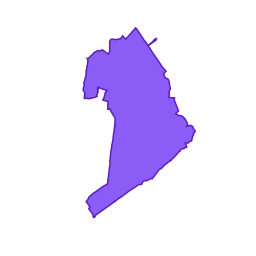 outline of Ghindaoani, Neamt, Romania, rotated 202°
{"feature_id": "2599482B15248665891771", "entity_name": "Ghindaoani", "entity_type": "district", "adm_level": 2, "iso_a3": "ROU", "parent_name": "Romania", "parent_adm1": "Neamt", "projection": "mercator", "projection_center": [26.355, 47.112], "detail": "fine", "context": "isolated", "style": "filled", "palette": "violet", "viewbox_px": 256, "rotation_deg": 202, "n_neighbors": 0, "source": "geoboundaries", "source_scale": "gbopen_adm2", "svg_char_len": 5770}
<svg xmlns="http://www.w3.org/2000/svg" viewBox="0 0 256 256"><g transform="rotate(202 128 128)"><path d="M189.7,180.5L190.5,178.4L191.1,177.4L191.3,177.0L191.8,177.0L191.2,176.5L190.9,176.0L190.3,175.1L189.7,172.8L189.4,171.9L189.2,170.7L189.1,169.7L188.9,169.6L188.8,169.4L188.8,169.2L189.0,168.9L188.7,168.3L188.4,167.5L188.2,166.7L188.3,166.4L188.3,166.1L188.4,165.6L188.4,165.3L188.2,165.0L187.9,164.7L187.6,164.3L187.6,163.8L187.4,163.3L186.9,161.4L186.6,161.0L186.3,160.4L186.5,158.4L186.1,157.5L186.1,156.7L185.8,155.5L185.9,155.3L185.9,154.7L186.0,154.3L185.9,153.5L185.9,153.3L185.4,152.5L185.2,152.1L185.0,151.8L184.8,151.6L184.7,151.3L184.5,150.4L184.3,149.1L184.3,148.9L184.4,148.6L184.4,148.4L183.7,146.2L183.4,146.0L182.8,145.6L182.0,145.3L181.3,144.0L181.1,143.8L180.7,143.0L180.6,142.6L180.6,142.1L180.5,141.8L180.4,141.2L180.3,140.9L180.0,140.5L180.0,140.4L180.0,140.2L179.7,139.5L179.5,139.1L179.4,139.2L178.8,139.4L177.9,139.9L177.4,140.2L176.8,140.2L176.1,140.2L175.9,140.2L175.6,140.3L174.0,141.5L173.1,141.8L170.9,143.6L169.6,144.6L169.1,145.1L168.5,145.7L168.7,146.0L169.0,146.1L169.3,146.9L169.2,147.5L169.1,148.2L169.5,149.1L169.4,149.8L169.2,150.1L169.7,150.3L169.9,150.7L170.1,150.9L170.2,151.0L170.1,151.3L169.9,151.4L169.9,151.6L170.0,151.7L170.3,151.8L170.5,152.2L170.6,152.6L170.2,152.7L170.1,152.8L170.2,153.1L170.5,153.4L171.0,153.4L171.2,153.7L171.3,154.0L171.0,154.6L170.9,154.8L170.1,155.0L170.0,154.6L169.8,154.4L168.1,154.6L166.5,154.6L165.9,154.6L163.7,154.8L161.7,155.0L162.1,153.0L162.3,152.3L162.3,151.8L161.9,149.9L161.7,147.9L161.6,146.6L161.7,145.4L161.8,144.5L159.8,144.7L158.9,144.8L156.3,145.0L156.1,144.4L155.7,143.1L155.5,142.4L155.0,140.6L154.6,139.9L154.3,139.3L153.8,137.7L151.8,138.7L150.4,137.4L143.6,132.2L141.3,125.7L140.9,125.8L140.7,125.1L140.8,125.0L141.1,124.7L140.1,121.1L139.7,119.5L139.4,118.1L138.7,115.4L138.7,115.0L138.4,114.1L138.1,113.4L137.8,112.6L137.4,110.4L136.9,108.2L136.7,106.8L136.5,105.6L135.9,103.8L135.7,102.7L135.6,102.3L135.5,101.8L135.4,101.4L135.3,101.1L135.3,100.5L135.2,100.4L135.1,99.9L134.8,98.7L133.9,95.8L132.9,92.6L132.6,90.9L132.1,89.8L132.0,89.6L131.7,89.1L131.3,88.2L131.0,87.6L130.7,85.5L130.0,83.0L129.9,82.7L129.2,80.4L128.2,76.4L126.3,69.1L126.0,68.6L130.5,62.6L133.9,57.0L134.4,56.4L135.3,55.2L135.5,54.8L136.0,54.0L137.0,52.0L137.4,51.2L137.7,50.8L137.9,50.4L138.0,50.0L138.2,49.6L138.4,48.5L138.4,48.0L138.4,47.4L138.4,47.1L138.5,46.6L138.9,45.3L139.2,44.1L133.7,40.6L134.1,39.9L134.1,39.4L134.1,39.1L134.1,38.9L134.2,38.4L128.6,34.9L128.2,34.9L128.0,34.4L127.7,34.0L127.6,33.4L127.4,33.1L127.1,33.0L126.8,33.0L126.6,32.9L126.4,32.6L126.4,32.3L125.5,32.9L125.3,35.1L114.4,52.3L113.3,54.1L113.2,54.9L113.2,55.0L112.9,55.0L112.6,54.9L111.8,56.4L110.5,58.7L108.3,61.8L103.5,69.8L98.6,76.8L98.2,77.4L97.3,79.4L96.8,79.4L94.4,80.8L94.2,81.0L94.2,81.8L94.2,83.3L94.0,83.7L93.8,84.2L93.4,84.7L92.6,85.4L91.5,85.9L90.5,86.5L89.3,87.9L87.0,90.4L86.6,90.1L85.5,93.2L84.4,97.9L83.3,101.8L82.1,102.5L80.8,105.7L80.9,106.3L78.1,110.9L77.1,112.7L75.9,114.1L76.3,114.4L74.8,117.0L72.3,123.5L71.9,125.2L71.1,125.9L71.2,127.9L70.9,128.3L70.4,128.7L69.3,129.2L68.7,129.8L67.8,131.0L67.3,131.4L66.4,132.1L67.4,133.0L67.1,133.3L68.7,135.0L69.3,135.6L69.1,135.7L68.3,135.9L67.9,136.1L67.3,136.2L66.8,136.4L66.6,136.7L66.5,137.1L66.2,137.7L65.9,138.3L65.7,138.8L65.3,139.0L64.9,139.3L64.4,139.8L64.2,140.1L64.3,140.4L64.4,140.9L64.6,141.7L64.7,142.4L64.7,143.0L64.9,143.3L64.9,144.1L64.8,144.5L64.8,145.7L64.7,146.0L64.9,146.5L64.9,146.9L64.8,147.2L64.9,147.8L65.1,147.6L65.2,147.8L65.1,148.0L65.0,148.3L64.8,149.0L64.3,150.1L64.8,150.4L64.8,150.5L65.2,150.9L65.7,151.2L66.6,151.6L67.0,151.8L67.3,152.0L67.5,152.3L67.9,153.0L68.2,153.3L68.3,153.5L68.6,153.6L70.3,154.0L71.3,153.7L71.6,153.6L71.9,153.4L72.8,152.5L73.1,152.3L73.9,151.8L74.3,151.5L74.3,151.8L74.0,152.8L74.1,153.5L74.3,154.1L75.1,155.0L75.8,155.6L76.7,156.3L77.5,156.9L77.8,157.2L78.2,157.6L79.0,158.1L79.7,158.3L81.1,158.9L82.1,159.1L82.9,159.3L84.4,159.1L84.9,158.9L85.2,158.7L85.5,158.6L86.0,158.7L86.9,158.9L87.3,158.9L88.0,158.9L89.0,158.9L89.1,159.2L88.7,160.3L87.5,162.6L88.1,163.2L89.9,165.3L90.7,166.1L93.6,169.2L94.3,169.9L94.5,170.1L94.8,170.5L95.1,170.8L95.4,171.1L95.8,171.5L95.9,171.8L96.0,173.3L96.5,173.3L100.3,172.0L100.9,171.9L101.4,171.7L101.5,171.7L101.9,172.2L102.0,172.4L102.0,172.5L101.9,173.0L101.9,173.4L102.1,173.7L102.2,174.1L102.3,174.9L102.4,175.2L102.7,175.7L103.3,176.6L103.5,176.6L103.6,176.8L103.6,177.0L103.4,177.9L103.5,178.4L103.4,178.7L103.4,179.2L103.3,179.7L103.4,180.2L103.7,180.5L103.8,180.8L103.7,180.9L104.4,181.8L105.1,182.7L105.9,184.0L106.1,184.4L106.3,184.7L106.6,185.3L107.4,186.6L108.1,187.3L108.6,187.8L109.0,188.2L109.7,188.5L111.5,188.4L111.9,188.3L112.1,188.3L112.9,189.1L113.8,190.0L115.2,191.6L115.2,191.9L115.0,192.2L114.7,193.1L114.1,194.7L114.0,195.0L117.8,196.8L118.8,197.3L119.4,197.5L120.2,198.2L124.4,201.1L125.0,201.5L125.5,201.9L127.8,203.3L129.4,204.5L131.9,206.0L132.3,206.3L133.2,206.9L134.0,207.4L135.9,208.9L137.4,209.9L139.4,211.4L140.1,211.8L135.0,219.9L135.4,220.2L134.9,221.4L135.5,221.6L136.0,220.6L137.2,218.8L136.5,218.4L137.5,217.0L137.7,216.5L140.5,212.0L142.6,213.5L144.8,214.9L145.6,215.2L146.8,216.0L147.6,216.7L149.4,217.8L152.9,220.3L155.4,222.0L157.1,223.1L157.9,223.5L158.4,223.7L158.5,223.7L158.8,223.3L158.9,222.9L158.9,222.3L158.9,221.9L158.9,221.6L158.8,221.2L159.5,220.7L163.3,209.5L167.6,211.4L168.3,208.0L173.2,205.0L174.4,205.0L177.0,203.9L177.5,201.5L176.4,198.9L175.9,198.2L175.7,197.3L175.3,195.8L175.1,195.4L174.5,194.6L173.8,193.5L173.8,190.4L174.0,189.1L181.1,190.9L182.3,189.5L183.4,189.0L184.5,188.5L185.4,188.0L186.2,187.0L187.8,185.1L188.4,182.9L189.7,180.5Z" fill="#8b5cf6" stroke="#5b21b6" stroke-width="1.5"/></g></svg>